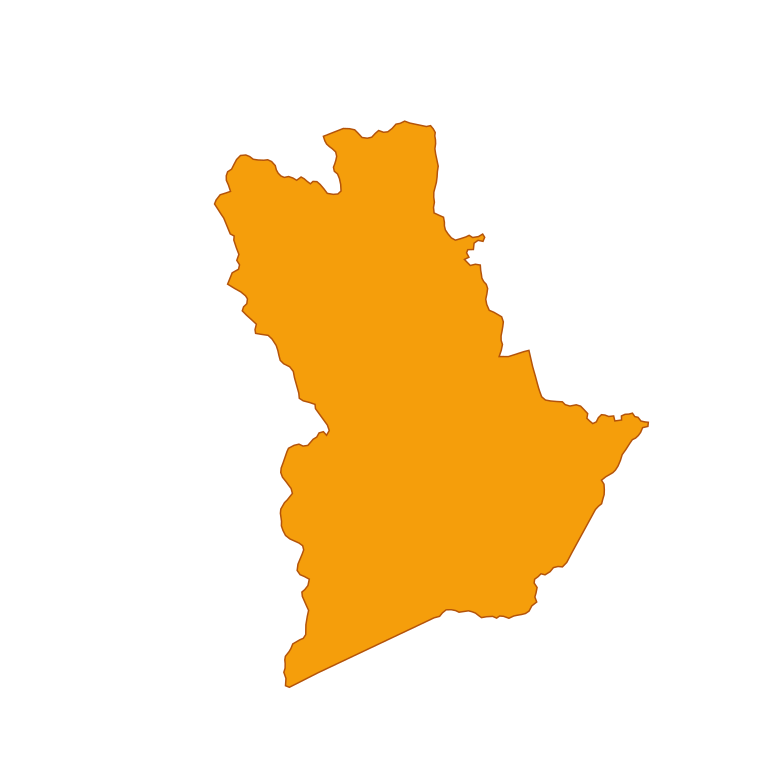 Miranorte, Tocantins, Brazil (Mercator projection), rotated 334°
{"feature_id": "56859067B32280550150304", "entity_name": "Miranorte", "entity_type": "district", "adm_level": 2, "iso_a3": "BRA", "parent_name": "Brazil", "parent_adm1": "Tocantins", "projection": "mercator", "projection_center": [-48.669, -9.394], "detail": "fine", "context": "isolated", "style": "filled", "palette": "amber", "viewbox_px": 768, "rotation_deg": 334, "n_neighbors": 0, "source": "geoboundaries", "source_scale": "gbopen_adm2", "svg_char_len": 4347}
<svg xmlns="http://www.w3.org/2000/svg" viewBox="0 0 768 768"><g transform="rotate(334 384 384)"><path d="M166.0,615.1L197.9,614.6L326.5,616.1L332.1,617.2L336.2,615.3L340.9,614.2L345.6,616.4L349.0,619.0L351.4,622.0L355.8,623.4L360.5,624.9L363.3,627.3L365.8,630.0L367.5,633.5L369.2,636.7L374.1,638.1L379.8,640.5L382.6,643.8L386.2,643.2L389.6,645.2L393.6,649.3L398.9,649.4L402.2,650.2L406.7,651.5L410.6,652.3L414.8,651.7L419.6,648.2L425.7,646.9L426.2,641.6L429.0,638.5L432.4,634.0L431.7,628.7L433.8,625.5L438.1,624.7L441.9,623.4L445.1,626.1L451.0,625.5L455.8,623.3L460.4,624.3L464.2,626.6L470.0,624.5L479.4,617.6L519.0,589.5L523.1,587.9L527.1,587.0L530.1,583.5L533.3,580.0L535.6,575.8L537.8,570.5L537.3,565.8L542.6,564.6L550.8,564.0L554.3,562.8L558.4,560.3L563.0,556.3L567.1,551.9L572.5,549.0L575.6,547.1L579.2,544.9L582.8,542.9L586.4,542.9L590.0,541.8L593.4,540.0L597.3,536.6L602.6,537.8L604.8,534.3L601.8,532.4L598.7,529.9L597.7,525.3L595.1,523.2L594.5,519.1L590.9,518.4L587.3,516.9L583.4,516.8L581.7,520.5L575.3,518.4L576.4,513.4L571.7,511.7L569.0,508.8L566.0,506.9L562.0,508.2L558.2,511.1L554.3,511.1L552.7,507.6L551.3,503.8L554.1,499.9L552.4,494.3L551.0,490.1L547.7,487.0L541.4,485.3L537.8,482.0L536.5,478.2L531.8,475.6L526.3,472.3L522.1,469.2L520.1,464.6L520.7,458.7L521.2,455.3L522.1,450.4L523.5,443.2L524.4,438.0L525.2,433.6L529.0,417.3L523.8,416.2L507.8,413.9L499.5,409.8L504.2,405.1L507.8,400.4L508.4,396.1L510.3,392.1L513.1,388.4L515.9,384.5L518.5,380.5L519.2,375.2L516.3,370.8L514.2,367.7L510.9,363.9L511.2,357.5L512.6,352.4L515.9,348.2L519.0,343.6L519.6,339.2L518.5,335.6L518.4,331.7L519.6,328.1L520.7,324.3L522.7,319.3L518.6,316.4L513.5,315.3L512.1,311.1L510.9,307.3L515.9,307.3L515.7,302.3L518.2,300.0L523.3,302.3L526.7,296.9L531.5,296.1L535.5,299.2L538.8,296.3L538.4,292.5L533.5,292.9L527.9,291.2L525.7,287.7L522.0,287.7L516.3,286.9L511.2,286.0L508.6,282.2L507.3,277.0L506.7,272.4L507.6,268.4L509.2,265.1L510.6,260.2L507.3,256.3L504.0,252.2L505.9,247.0L509.0,242.7L510.6,237.9L512.9,233.4L515.9,229.9L519.5,225.7L522.5,221.1L525.1,216.5L528.2,212.0L529.9,205.3L531.3,199.7L532.9,194.8L535.7,190.7L537.3,187.1L538.4,183.3L540.3,180.4L540.1,176.3L539.1,172.2L535.0,171.2L521.6,160.8L517.8,156.8L512.7,156.8L508.7,155.7L503.3,157.9L498.0,159.0L494.0,157.6L490.3,153.8L486.1,154.9L481.2,156.8L476.8,155.8L472.3,152.8L470.6,147.1L469.1,142.7L464.9,139.4L459.4,136.5L438.1,134.8L437.4,139.6L437.6,143.2L439.0,146.7L440.6,149.8L442.3,154.2L441.3,158.6L438.8,161.8L436.2,164.6L433.6,167.0L432.6,171.0L434.3,174.8L434.0,179.8L432.6,185.5L430.0,191.7L425.8,193.0L421.5,191.3L416.6,187.8L415.5,182.1L414.1,176.7L412.4,172.7L409.0,170.8L405.6,171.8L403.7,168.1L402.2,164.5L400.2,161.6L394.8,162.6L392.4,158.9L389.2,155.7L384.9,154.6L382.6,151.9L381.3,148.2L381.1,144.4L382.0,140.0L380.5,134.8L377.8,131.5L374.1,130.2L369.1,127.5L365.0,124.7L363.0,120.7L360.2,117.6L355.2,115.7L349.9,117.6L345.4,120.9L341.2,124.1L336.5,124.7L333.5,127.7L331.6,131.8L331.4,137.0L330.5,143.6L325.6,143.0L319.7,142.1L313.8,145.0L310.6,147.9L311.4,154.5L312.0,159.7L312.7,164.6L311.6,181.7L314.2,185.3L312.1,188.8L311.0,196.8L310.4,203.9L305.9,208.3L306.4,213.6L303.5,217.1L296.3,217.5L287.2,225.7L291.6,232.6L295.7,238.5L298.2,244.0L298.6,247.6L295.9,251.7L291.6,253.1L288.7,256.1L290.5,261.6L293.4,268.8L295.5,274.3L291.9,278.6L290.8,282.2L295.1,285.3L301.2,289.5L303.1,294.6L304.0,302.1L303.3,307.3L302.1,312.2L301.1,317.3L302.7,321.8L306.8,327.2L308.0,332.9L306.3,339.1L303.4,354.9L301.6,359.7L304.0,363.7L308.9,367.9L313.1,372.1L311.6,376.1L315.1,396.1L314.4,401.8L309.9,404.9L308.6,400.3L304.2,399.5L300.3,402.2L296.1,402.6L288.6,405.8L284.0,404.3L281.2,400.8L276.3,399.7L270.0,399.9L267.2,402.2L259.0,410.4L254.7,414.5L252.4,418.3L251.9,423.3L253.2,429.2L254.0,433.6L254.7,437.2L253.7,442.2L246.2,445.8L242.6,447.0L236.4,451.2L234.2,454.8L231.7,462.5L229.6,466.5L229.0,471.3L229.1,477.0L231.5,482.0L234.5,485.6L237.9,489.7L240.0,493.7L239.1,497.9L235.9,501.0L227.7,508.2L224.2,513.5L225.0,518.6L228.1,522.2L231.3,526.7L227.3,531.8L222.6,534.1L219.0,535.0L217.5,539.1L217.3,544.4L217.1,549.6L217.0,554.4L213.2,559.2L208.3,566.1L203.8,574.9L200.0,577.2L196.2,577.0L188.1,577.6L184.3,581.0L181.4,582.9L176.0,585.5L173.9,588.5L172.6,592.0L170.5,596.1L167.6,599.2L166.8,605.7L163.2,612.0L166.0,615.1Z" fill="#f59e0b" stroke="#b45309" stroke-width="1.5"/></g></svg>